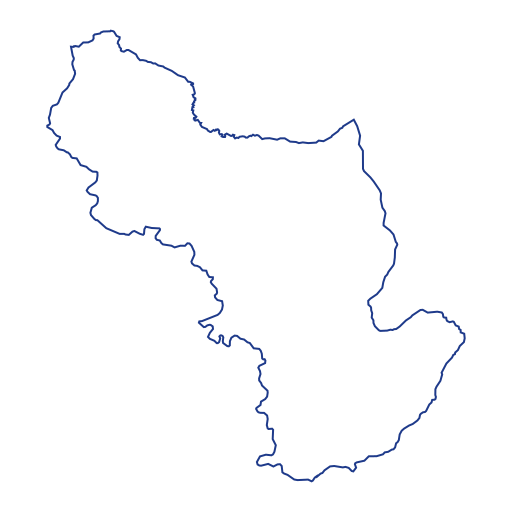 Policarpa, Nariño, Colombia
{"feature_id": "7082276B31672425369097", "entity_name": "Policarpa", "entity_type": "district", "adm_level": 2, "iso_a3": "COL", "parent_name": "Colombia", "parent_adm1": "Nariño", "projection": "orthographic", "projection_center": [-77.503, 1.734], "detail": "fine", "context": "isolated", "style": "outline", "palette": "blue", "viewbox_px": 512, "rotation_deg": 0, "n_neighbors": 0, "source": "geoboundaries", "source_scale": "gbopen_adm2", "svg_char_len": 5977}
<svg xmlns="http://www.w3.org/2000/svg" viewBox="0 0 512 512"><path d="M265.9,454.7L260.0,456.4L256.9,462.0L257.6,464.5L259.3,465.5L261.1,465.7L268.2,463.9L273.4,466.5L277.5,464.4L280.0,464.2L281.7,466.0L282.4,472.3L284.0,473.5L287.6,474.9L294.2,479.5L297.5,480.1L308.1,479.6L311.6,481.3L312.8,480.6L314.8,477.6L317.0,476.0L317.1,476.6L320.6,473.6L322.4,473.0L324.5,470.3L330.1,466.4L334.2,466.0L342.8,467.4L345.5,466.9L348.7,467.9L351.7,471.0L353.3,471.4L356.1,467.7L354.9,464.2L355.2,463.3L356.7,462.4L364.4,460.7L368.8,456.3L376.6,456.2L383.0,454.3L384.7,452.4L388.2,451.8L391.8,449.6L393.5,449.3L395.1,447.4L396.1,443.3L397.6,442.1L398.8,440.1L399.7,434.4L401.7,430.7L404.1,428.6L409.1,425.5L412.7,424.0L417.4,420.5L419.4,418.0L420.0,414.9L420.8,413.8L423.0,412.3L425.0,412.0L426.1,411.0L429.3,404.5L431.5,402.5L432.2,399.9L434.6,399.7L435.5,398.9L435.9,396.9L435.3,395.0L435.4,389.2L436.5,386.7L440.4,380.8L442.2,374.4L441.6,372.7L446.4,363.5L452.0,357.6L453.3,354.9L454.9,354.2L455.2,352.5L457.9,350.1L459.8,346.0L463.9,342.1L464.7,338.3L464.2,333.7L460.7,332.4L460.6,329.9L459.1,329.0L458.7,326.6L455.7,325.4L453.8,321.8L452.8,321.4L449.6,322.2L447.3,321.1L446.5,319.8L446.2,317.7L444.1,317.5L443.3,316.8L442.9,314.1L441.8,312.5L437.3,311.7L427.7,312.6L422.7,309.8L420.4,310.0L412.3,315.4L410.8,317.2L406.0,320.4L399.7,326.5L396.2,329.0L394.1,329.2L392.6,330.0L390.4,329.7L387.2,330.6L380.2,330.9L378.8,330.2L374.9,326.2L373.5,323.0L373.4,320.3L371.7,317.6L372.2,313.2L371.2,310.3L371.1,307.8L370.6,306.6L368.4,304.7L368.2,300.8L370.3,298.7L376.9,294.2L382.3,287.9L383.3,282.2L385.1,276.7L387.2,274.6L388.4,271.9L393.2,265.5L394.0,263.7L394.8,257.6L395.1,249.4L397.3,244.7L397.0,243.4L395.8,241.9L393.5,234.5L389.9,230.4L383.6,225.5L383.6,222.9L385.5,213.3L384.8,211.1L382.4,207.7L380.7,199.7L381.0,193.4L379.7,190.3L373.7,181.5L370.4,177.4L364.0,171.1L363.0,168.8L362.9,150.8L358.9,144.4L360.1,135.7L357.2,126.2L353.8,119.7L343.1,126.3L342.3,127.8L340.0,128.7L337.9,131.4L332.0,135.7L331.4,136.9L323.5,141.2L318.7,140.6L316.2,142.6L308.3,143.1L302.8,142.4L298.9,143.1L296.0,142.0L290.1,141.6L284.7,138.3L280.4,138.3L277.1,139.7L269.6,138.2L265.0,138.4L262.2,139.1L258.6,135.6L256.9,135.0L254.9,135.7L253.0,134.7L251.3,136.1L250.5,135.7L249.1,136.2L247.4,137.6L245.8,137.6L244.6,136.6L242.6,136.3L239.5,136.8L238.4,138.0L236.8,137.6L235.1,138.4L233.8,136.8L234.3,135.1L232.9,134.7L232.1,135.7L231.1,136.0L226.7,133.6L224.8,134.7L225.3,136.0L225.0,137.0L223.1,137.0L221.7,136.4L222.5,135.1L221.8,134.1L219.8,134.4L218.9,132.6L219.3,130.9L218.3,129.5L217.4,129.3L216.7,130.1L216.0,129.6L214.8,130.8L213.5,130.0L210.9,132.0L210.0,131.9L207.8,130.5L207.0,129.1L201.9,126.9L200.3,124.6L201.1,123.0L200.0,123.0L197.8,119.9L195.3,120.6L194.6,120.3L194.7,119.2L193.8,118.8L194.0,117.9L195.8,117.6L196.4,116.7L193.9,114.5L192.8,112.7L193.3,110.4L191.9,110.0L192.4,107.3L193.2,107.2L192.8,106.5L193.9,105.3L192.5,104.4L193.4,102.8L194.2,102.5L194.0,101.4L195.3,100.1L194.9,99.4L195.5,98.9L195.4,98.3L193.6,97.3L192.7,94.8L194.3,94.3L194.9,93.2L193.1,86.5L191.1,84.7L191.4,84.2L193.1,84.0L193.1,83.4L189.8,81.8L188.2,81.8L184.9,77.5L178.0,75.2L171.8,70.9L164.5,67.6L163.3,66.5L158.4,65.5L155.2,63.4L153.2,63.5L150.9,62.2L147.8,61.9L146.1,60.8L142.8,60.1L140.0,60.2L137.8,57.8L136.0,54.4L128.5,50.0L126.8,50.0L123.9,51.7L121.5,51.1L120.8,50.4L121.0,48.6L119.4,46.9L119.1,45.1L117.7,43.3L118.1,41.3L119.5,39.1L119.7,37.2L116.6,35.9L114.0,31.7L113.1,31.2L110.7,30.7L110.2,31.3L103.4,31.5L101.0,32.4L100.1,33.5L94.6,34.5L93.5,35.6L93.6,38.6L92.5,40.4L88.2,42.4L83.2,42.5L78.8,46.7L75.2,46.0L74.6,46.5L74.0,46.2L73.3,46.9L71.0,46.7L72.7,55.7L73.8,58.1L73.7,59.6L72.5,61.9L72.3,64.3L74.0,70.0L74.7,70.6L75.1,73.8L73.0,79.2L69.4,83.5L69.2,85.0L67.1,88.3L62.5,92.5L58.3,102.8L56.9,104.4L52.8,105.8L51.2,107.9L50.0,114.6L48.8,117.9L50.1,123.3L49.5,124.5L47.3,125.6L47.3,127.0L52.5,130.1L54.1,133.0L56.6,135.6L60.0,137.0L60.0,138.6L55.7,144.9L56.2,146.5L57.6,148.4L58.8,149.3L63.8,150.3L66.8,152.3L67.7,152.3L69.9,154.3L71.3,157.0L72.4,157.9L76.7,158.4L80.6,165.1L86.4,166.8L89.0,169.3L92.6,171.6L96.4,171.8L97.4,172.5L97.5,175.6L96.8,180.5L95.3,182.4L88.5,187.5L86.7,190.4L87.5,191.8L90.0,194.2L95.6,195.4L96.7,196.1L97.9,197.9L97.9,201.1L97.2,203.4L95.7,205.2L91.8,207.7L90.4,212.8L91.0,215.1L94.4,219.0L95.9,220.1L97.4,220.2L106.3,228.2L119.7,233.9L124.3,233.9L125.5,234.5L128.8,234.9L132.5,231.6L134.4,231.0L139.8,233.8L143.1,234.8L144.0,233.9L144.4,229.2L145.8,226.7L151.7,228.0L159.4,228.4L160.0,229.1L159.9,230.2L155.7,235.9L155.6,238.2L156.8,239.8L159.8,240.5L161.3,243.0L162.9,244.4L171.4,245.7L174.6,247.4L180.4,245.7L185.0,245.8L187.4,243.3L189.5,243.5L191.6,245.9L194.3,251.9L194.4,254.8L191.4,261.6L192.0,263.4L194.4,265.5L197.2,265.9L199.9,267.2L202.5,270.4L206.3,270.7L207.6,274.5L209.3,277.0L212.9,277.3L212.8,279.2L211.0,281.1L210.8,282.2L211.7,283.7L216.5,288.7L217.1,292.3L216.8,293.6L214.8,295.4L215.1,297.4L217.4,300.0L222.1,301.2L222.8,305.5L222.0,309.5L219.8,313.0L217.6,314.9L202.0,321.1L199.3,321.4L198.9,322.7L203.8,327.1L205.3,326.9L207.3,325.4L209.5,324.8L210.6,324.9L212.7,326.4L213.0,329.0L209.9,332.8L208.0,336.9L209.8,338.8L214.4,340.8L216.7,343.1L217.8,343.1L219.1,342.1L220.2,338.4L219.4,336.4L220.4,335.4L221.5,335.4L222.6,336.0L223.3,337.4L222.8,341.2L223.1,343.0L227.3,346.1L228.8,346.3L229.8,345.4L229.9,341.2L231.4,337.7L234.6,335.6L237.1,335.9L240.4,338.7L244.1,339.5L247.5,342.3L249.8,343.0L253.7,348.3L259.2,348.9L260.7,350.7L261.8,353.7L262.2,358.5L263.3,359.4L264.6,359.2L265.4,360.6L265.1,363.1L259.4,365.8L258.3,367.7L260.0,371.1L260.5,374.0L259.1,378.4L259.2,380.5L261.1,383.0L262.0,385.5L267.5,390.7L267.7,392.7L267.1,396.6L265.2,399.1L261.0,401.6L260.5,405.0L256.5,407.9L256.1,408.9L257.5,411.4L258.5,412.3L260.3,412.8L264.1,412.9L267.1,415.5L267.7,419.0L266.8,425.1L267.7,428.4L268.6,429.0L272.1,428.7L273.1,429.8L272.7,439.1L275.8,445.2L274.4,451.8L273.0,454.4L271.4,455.3L265.9,454.7Z" fill="none" stroke="#1e3a8a" stroke-width="2"/></svg>